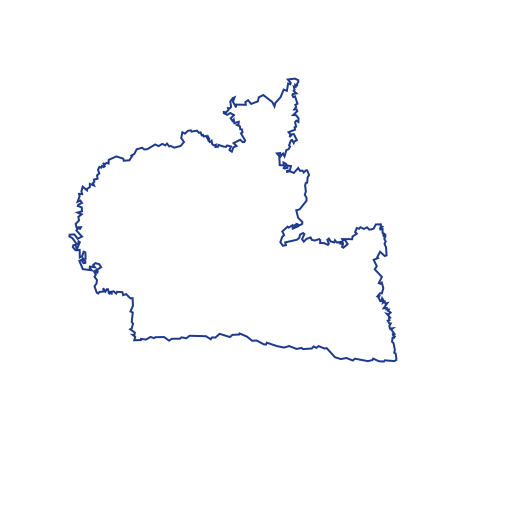 O.R.Tambo, Eastern Cape, South Africa (Albers equal-area conic projection), rotated 49°
{"feature_id": "47623444B2401151093158", "entity_name": "O.R.Tambo", "entity_type": "district", "adm_level": 2, "iso_a3": "ZAF", "parent_name": "South Africa", "parent_adm1": "Eastern Cape", "projection": "albers", "projection_center": [29.004, -31.416], "detail": "fine", "context": "isolated", "style": "outline", "palette": "blue", "viewbox_px": 512, "rotation_deg": 49, "n_neighbors": 0, "source": "geoboundaries", "source_scale": "gbopen_adm2", "svg_char_len": 6128}
<svg xmlns="http://www.w3.org/2000/svg" viewBox="0 0 512 512"><g transform="rotate(49 256 256)"><path d="M150.9,108.8L147.6,110.3L143.7,116.2L148.0,116.2L148.9,117.4L146.9,118.6L151.6,124.3L148.6,125.9L152.3,133.4L153.2,141.1L155.2,143.9L150.5,142.7L139.3,144.9L138.1,149.8L140.5,153.2L138.0,159.9L133.2,159.8L132.9,163.1L135.2,164.5L128.4,172.0L130.9,173.5L124.4,172.2L122.2,168.1L121.6,170.0L122.6,174.1L127.1,176.9L127.4,178.6L126.0,180.1L127.6,180.6L128.0,184.2L126.2,185.8L127.1,186.6L130.5,185.2L131.2,181.6L135.2,180.2L135.5,184.8L138.8,185.1L138.4,183.3L141.5,185.2L143.4,181.0L145.3,183.0L144.7,184.4L147.7,183.1L150.0,184.7L151.3,183.6L153.8,185.1L153.6,186.9L161.7,188.4L162.3,190.1L161.3,191.3L157.9,191.7L156.1,198.9L160.2,198.5L159.2,201.8L161.4,205.8L158.6,206.5L157.0,203.0L153.6,205.3L154.0,206.9L152.3,208.6L147.5,211.4L148.6,212.9L147.2,215.0L145.7,213.3L145.0,215.2L142.7,215.6L139.9,213.9L139.8,216.0L137.9,216.2L137.1,214.5L134.4,213.9L135.4,215.5L132.6,214.9L131.5,217.1L129.8,216.6L129.3,217.8L126.4,216.7L125.7,218.2L122.7,218.3L119.8,223.1L118.5,222.7L116.9,225.1L117.0,229.3L114.3,230.4L117.9,235.0L122.7,235.6L123.5,240.7L120.6,246.6L116.9,248.2L116.4,249.6L112.8,249.4L113.0,251.8L109.9,253.2L109.2,257.4L105.7,258.9L104.0,268.1L102.3,270.4L99.6,270.9L97.2,276.0L99.2,281.0L98.4,284.2L99.4,284.1L100.7,288.8L97.3,293.3L95.5,292.3L89.2,296.1L86.8,304.1L89.5,306.6L87.7,307.7L87.6,310.0L85.5,310.4L89.1,311.3L88.9,312.7L87.0,313.1L87.7,314.9L86.0,315.8L87.3,318.7L90.9,320.1L90.8,323.0L93.7,324.9L92.0,328.2L94.0,329.4L94.0,331.3L96.5,332.0L92.6,334.1L95.0,336.3L94.5,339.4L95.5,340.5L90.0,341.3L92.6,345.3L95.2,346.6L93.0,348.8L95.2,349.9L98.0,355.0L98.9,352.2L101.8,352.6L100.7,356.4L101.4,357.7L104.9,355.6L108.1,358.0L106.1,362.2L110.2,360.2L109.9,364.4L113.1,366.3L113.5,371.1L116.7,372.7L119.4,369.2L120.1,370.9L118.0,372.7L118.9,374.8L127.2,374.6L126.0,379.3L120.6,378.9L117.6,382.7L118.8,384.0L122.4,382.8L129.5,383.6L130.3,382.1L128.5,380.3L130.0,379.9L133.4,386.6L129.1,385.1L128.0,386.8L129.1,388.4L133.3,388.4L135.7,385.1L141.5,389.9L142.1,387.4L139.7,383.3L141.3,382.4L146.3,386.4L145.9,388.2L144.2,388.1L144.5,389.4L148.0,388.2L149.2,389.3L148.3,390.9L144.4,390.4L143.8,392.5L152.3,395.3L159.1,389.3L155.9,389.4L155.0,388.3L158.9,385.0L156.0,384.9L156.0,381.9L159.3,379.7L162.9,380.3L161.7,386.6L163.7,385.5L164.5,386.6L162.2,388.6L165.0,389.1L165.7,391.5L169.8,391.8L172.1,394.4L172.9,397.8L179.2,400.2L180.8,399.6L180.4,397.8L182.9,394.2L180.0,392.4L184.1,393.1L183.2,390.4L184.1,389.5L186.6,391.0L187.4,389.7L188.2,392.1L188.5,389.0L190.6,390.0L188.1,388.6L189.2,386.6L192.6,386.2L191.9,384.3L195.6,380.6L198.4,381.9L199.6,379.0L205.5,378.6L206.9,376.8L212.9,381.6L215.5,387.1L217.8,386.1L224.3,393.1L226.4,393.2L229.2,397.5L228.8,399.0L234.3,397.7L235.8,399.5L234.6,400.8L237.8,400.2L239.7,403.2L243.9,398.0L243.1,397.1L246.8,394.0L247.9,388.7L251.2,386.7L251.3,385.2L256.8,378.6L262.9,377.1L263.2,373.9L268.5,367.7L268.6,365.5L272.4,362.5L272.6,358.5L283.7,346.4L289.1,344.8L288.6,342.6L290.9,340.2L290.9,334.5L300.0,328.9L300.1,325.5L304.2,320.2L303.7,319.2L311.0,315.7L317.5,314.5L320.1,311.0L327.7,308.1L329.4,306.5L328.5,304.7L337.9,299.2L343.5,294.9L345.7,290.1L352.8,286.3L355.3,281.9L357.1,281.6L362.4,274.6L362.1,271.8L364.9,270.8L365.1,267.9L370.9,264.9L371.9,263.1L384.3,262.8L389.4,259.6L392.4,254.6L398.4,251.5L398.4,248.7L408.8,240.5L410.9,236.5L410.3,234.9L416.2,232.2L419.5,228.8L419.2,227.3L426.1,220.5L426.5,218.3L425.0,217.0L421.2,214.6L419.6,215.1L418.1,212.9L412.1,209.4L410.0,209.6L407.3,206.6L408.3,205.6L407.8,204.0L406.0,204.6L404.8,204.0L405.6,202.7L400.2,202.2L400.3,200.2L398.7,202.5L396.2,201.2L395.3,198.6L394.3,199.6L391.2,199.0L392.0,197.4L390.1,196.4L390.5,195.2L385.4,195.2L387.1,194.0L387.0,191.5L383.9,192.3L383.5,190.9L381.9,192.6L381.0,191.5L379.2,194.0L377.7,187.7L376.6,189.5L374.9,188.7L374.6,190.9L373.2,188.9L370.7,188.5L372.3,190.9L371.6,191.8L367.6,190.8L367.2,189.4L366.1,190.6L365.5,186.8L366.8,185.6L363.8,181.0L358.6,178.5L358.6,180.4L357.0,181.1L354.4,174.7L344.0,175.1L342.9,171.5L336.1,169.7L337.6,165.2L336.4,165.2L334.2,159.6L340.5,158.8L341.2,157.1L335.0,152.3L331.1,151.0L330.2,148.6L327.2,147.9L326.1,145.6L324.9,146.7L323.4,145.8L325.4,144.2L321.4,145.2L318.6,142.7L317.6,144.7L316.4,144.1L316.6,141.6L315.4,142.4L314.0,141.0L310.8,144.9L312.5,149.3L311.5,151.7L310.3,153.2L307.2,153.4L306.4,156.8L302.8,158.3L303.0,160.4L301.0,161.6L303.0,165.5L305.3,165.3L304.6,170.3L306.4,172.4L299.8,179.8L301.3,180.2L301.9,178.3L307.1,179.0L307.1,184.6L305.6,185.1L304.2,182.7L302.4,183.9L303.0,181.9L301.7,181.5L298.8,186.2L295.9,186.1L297.0,188.1L294.0,190.1L290.7,189.6L290.6,191.5L294.5,193.0L294.8,194.4L291.0,196.1L288.3,199.1L286.2,197.1L284.6,197.3L283.0,201.4L280.4,203.3L277.8,202.6L276.2,206.6L276.5,210.5L273.6,210.3L271.2,205.1L269.6,205.4L268.8,208.7L270.7,211.4L270.6,214.4L264.9,225.0L267.5,226.3L265.8,229.0L261.5,228.5L258.8,223.7L258.7,221.1L254.7,220.0L254.6,212.9L256.0,212.7L256.7,208.3L259.4,210.3L261.5,203.9L258.2,207.3L258.4,204.3L261.4,202.9L262.1,200.1L260.7,198.7L254.7,199.1L247.9,195.6L249.4,192.5L247.4,181.6L245.3,179.7L241.8,179.0L240.0,176.0L235.0,172.7L233.6,170.5L234.2,169.3L230.4,165.3L229.7,162.8L225.0,161.2L224.1,162.1L224.3,165.2L222.1,164.9L220.6,166.9L217.3,166.4L218.1,173.0L214.2,174.9L212.9,177.4L212.1,176.9L213.5,174.2L211.1,170.6L208.3,172.9L210.1,174.5L208.6,177.2L207.8,177.4L206.9,173.0L205.7,173.0L203.5,173.9L205.7,175.7L203.0,178.5L195.9,172.9L192.3,172.9L194.2,170.2L197.0,172.0L196.4,168.4L199.5,169.1L196.0,163.6L196.8,161.4L195.8,158.5L194.2,158.5L191.7,153.8L192.1,152.6L195.5,153.4L194.7,152.0L195.4,149.2L189.0,147.5L187.7,148.9L188.4,152.6L186.7,150.3L183.9,150.2L186.3,143.6L184.2,142.5L184.7,140.9L180.6,138.7L180.3,136.8L182.6,136.1L179.9,133.5L176.1,133.4L174.0,135.5L173.8,129.8L172.1,129.2L170.5,131.0L169.9,127.9L167.7,127.2L168.3,124.8L161.1,121.8L160.5,123.6L158.6,123.1L157.9,122.0L159.8,118.8L156.0,119.2L155.7,117.7L152.8,116.3L154.3,115.2L152.5,114.0L155.0,112.9L153.4,113.1L152.3,109.7L150.9,108.8Z" fill="none" stroke="#1e3a8a" stroke-width="2"/></g></svg>